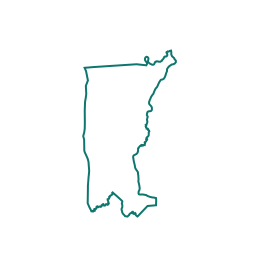 Beruri, Amazonas, Brazil, rotated 132°
{"feature_id": "56859067B395012046701", "entity_name": "Beruri", "entity_type": "district", "adm_level": 2, "iso_a3": "BRA", "parent_name": "Brazil", "parent_adm1": "Amazonas", "projection": "mercator", "projection_center": [-61.816, -4.541], "detail": "fine", "context": "isolated", "style": "outline", "palette": "teal", "viewbox_px": 256, "rotation_deg": 132, "n_neighbors": 0, "source": "geoboundaries", "source_scale": "gbopen_adm2", "svg_char_len": 5756}
<svg xmlns="http://www.w3.org/2000/svg" viewBox="0 0 256 256"><g transform="rotate(132 128 128)"><path d="M161.3,60.4L161.8,61.0L162.0,61.6L162.7,62.6L163.7,64.1L164.8,66.3L165.5,68.3L165.7,69.6L167.4,72.4L168.2,73.3L168.6,73.7L169.5,74.7L169.7,75.1L169.9,75.4L169.9,75.7L169.7,76.1L169.5,76.5L169.1,76.8L168.2,77.5L167.5,77.8L166.4,78.0L165.1,78.9L164.5,79.5L162.5,82.0L161.6,83.3L160.9,84.4L160.4,84.9L159.4,85.5L157.0,88.0L156.6,88.3L155.3,90.0L154.3,90.9L154.0,91.6L153.6,93.5L153.1,95.3L152.6,96.3L151.1,98.1L149.2,100.9L148.4,102.0L146.2,104.7L145.6,105.1L145.3,105.3L144.6,105.4L144.2,105.3L141.9,104.4L141.3,104.3L140.6,104.3L139.9,104.4L139.1,104.8L138.4,105.1L136.4,106.9L135.7,106.7L135.1,106.9L134.8,107.0L134.4,107.0L133.2,107.0L132.9,106.9L132.8,106.7L132.5,106.7L132.1,106.8L131.8,106.7L131.9,106.3L131.9,105.9L131.6,106.0L131.4,106.2L131.1,106.0L130.9,105.7L130.7,104.9L130.4,104.8L130.0,104.9L129.8,104.9L129.6,104.7L129.6,104.4L129.5,104.2L129.2,104.4L129.1,104.7L128.3,104.8L128.1,104.9L127.5,106.0L127.2,106.0L126.9,106.0L126.3,105.6L126.0,105.6L125.4,105.7L124.7,106.1L124.6,106.7L124.4,106.8L124.2,106.6L124.1,106.3L123.9,106.0L123.6,106.1L123.3,106.5L123.3,106.8L123.6,107.0L123.6,107.3L123.2,107.6L122.5,107.7L121.7,107.7L121.2,107.5L120.4,107.5L119.7,107.7L118.0,109.0L117.7,109.4L117.5,109.6L117.0,109.8L116.7,109.8L116.2,109.9L115.9,110.5L116.0,110.7L115.9,111.0L116.0,111.3L115.8,111.4L115.7,111.6L115.8,111.8L115.8,112.2L115.5,112.1L115.3,112.5L115.3,112.8L115.8,113.5L115.5,113.6L115.5,113.8L115.6,114.1L115.7,114.3L115.6,114.6L115.5,115.0L115.0,115.4L115.0,115.7L114.9,116.0L114.5,116.1L113.9,116.8L113.7,116.6L113.5,116.3L113.3,116.4L112.3,116.9L111.0,117.4L110.3,117.9L110.0,118.2L109.5,119.0L109.0,119.6L106.3,121.0L106.1,122.0L105.8,122.6L105.5,122.8L105.3,123.0L105.0,123.3L104.4,123.5L103.6,124.0L102.9,124.2L102.2,124.0L101.5,123.6L100.6,122.7L100.0,122.3L99.2,122.3L98.6,122.4L97.8,123.0L97.4,123.4L97.0,123.8L96.5,124.6L96.3,125.3L96.1,127.4L96.0,128.1L95.6,128.8L95.1,129.3L94.6,129.7L93.4,130.2L92.8,130.5L91.3,130.9L90.7,131.2L89.2,131.7L87.0,132.0L86.3,132.0L85.7,132.0L84.9,132.3L84.0,132.7L82.2,133.3L81.4,133.6L80.1,133.8L79.4,133.9L78.6,133.8L77.9,133.9L73.2,135.4L71.8,135.6L70.8,135.8L70.0,135.7L68.6,134.7L68.0,134.5L67.3,134.4L66.4,134.5L64.9,134.9L62.8,135.8L61.3,136.5L60.7,136.7L59.8,137.0L59.3,137.4L58.9,137.8L57.8,138.5L55.0,138.8L54.5,138.5L54.1,138.6L51.5,138.0L50.7,137.2L48.9,136.4L47.0,136.5L45.9,137.6L45.7,139.5L45.4,140.1L45.2,140.4L45.2,141.2L45.2,143.3L44.5,144.8L44.2,145.3L42.9,146.3L41.7,147.8L42.4,148.3L42.9,148.6L44.1,148.9L44.4,149.2L44.5,149.7L44.8,149.8L45.3,149.9L45.9,150.1L46.1,150.0L46.4,149.5L46.4,149.3L46.5,148.9L46.7,148.7L46.8,148.5L46.9,148.2L47.1,147.9L47.4,147.7L47.8,147.4L48.4,147.3L49.2,147.4L49.5,147.6L49.6,147.9L50.1,148.3L50.6,148.6L50.9,148.6L51.2,148.5L51.4,148.3L51.7,148.3L51.9,148.2L52.2,148.2L52.5,148.2L53.1,148.0L54.8,148.1L55.3,147.8L55.8,148.0L57.1,148.3L57.4,148.5L57.6,148.9L58.3,149.7L58.4,149.9L58.4,150.1L58.5,150.4L59.2,151.1L59.3,151.3L59.6,151.3L59.8,151.6L60.3,151.7L60.4,151.9L60.7,152.0L61.0,151.9L63.1,151.3L63.8,151.4L64.4,151.9L64.8,152.4L65.4,154.3L65.6,155.7L65.6,156.4L65.5,157.1L65.1,157.7L64.6,158.1L63.4,158.8L62.8,159.2L62.4,159.8L62.2,160.5L62.3,161.1L62.6,161.8L63.2,162.1L63.8,162.2L64.6,162.0L65.2,161.7L65.7,161.3L66.2,160.6L66.4,160.0L66.9,157.6L67.2,157.1L67.8,156.7L68.4,156.5L69.2,156.4L74.9,164.3L106.2,194.8L112.3,200.5L113.9,197.1L119.2,190.0L119.5,189.6L124.9,187.5L130.2,182.2L131.3,181.3L134.3,179.3L137.3,177.4L143.9,171.9L153.3,163.3L157.7,159.5L159.6,158.3L160.5,157.6L163.4,156.2L164.1,155.7L166.0,152.8L173.9,145.5L174.7,144.4L177.7,137.6L179.5,134.8L185.8,128.2L189.5,125.4L190.4,124.8L198.3,118.7L199.0,118.0L210.9,107.6L212.7,103.7L213.5,101.5L214.3,99.7L214.0,99.6L213.8,99.4L214.0,99.2L213.7,99.0L213.5,98.7L213.8,98.6L213.6,98.3L213.4,98.1L212.9,98.4L212.7,98.5L212.4,98.3L212.6,98.1L212.6,97.9L211.8,97.3L211.5,97.5L211.5,98.2L210.9,98.8L210.6,98.7L210.4,98.5L210.2,98.2L209.6,97.7L209.2,97.7L208.6,98.1L208.4,98.0L208.2,98.3L207.9,98.4L207.7,98.6L207.4,98.7L207.1,98.5L206.9,98.4L207.0,98.2L207.0,97.9L206.8,97.3L206.7,97.1L206.4,97.0L205.9,96.9L205.6,96.9L205.5,96.7L205.1,95.8L204.9,95.5L204.7,95.4L203.8,95.3L203.4,95.9L203.0,95.8L202.5,95.7L202.2,95.8L201.8,95.8L201.5,95.5L201.2,95.4L201.3,95.1L201.5,95.0L201.7,94.8L201.8,94.3L201.6,93.7L201.3,93.5L201.0,93.2L200.7,93.1L200.0,93.3L199.6,93.2L199.5,93.4L199.3,93.3L199.2,93.1L199.1,92.8L198.9,92.5L198.6,92.5L198.5,92.0L198.2,92.0L198.3,91.7L198.1,91.7L197.8,91.6L196.9,91.8L196.8,92.2L196.5,92.4L196.4,92.7L196.4,93.1L195.9,93.4L195.6,93.9L195.2,94.8L194.9,95.0L194.8,95.3L194.6,95.5L194.3,95.4L193.7,95.0L193.3,94.8L192.9,94.9L192.7,95.2L192.5,95.3L192.2,95.3L191.7,95.4L191.6,95.9L191.4,95.9L190.6,95.9L190.4,95.7L190.0,95.8L189.3,95.5L189.0,95.5L188.5,95.3L188.2,95.3L187.9,95.2L187.1,95.4L186.9,95.6L186.4,96.1L186.5,96.3L186.2,96.3L186.1,90.8L186.1,85.2L186.2,83.3L186.6,82.9L187.1,82.6L187.7,82.3L188.3,82.0L188.6,81.5L188.9,80.9L189.3,80.5L190.3,79.5L190.9,79.2L191.5,79.0L192.1,78.8L192.6,78.5L193.1,78.0L193.8,76.8L194.2,76.4L194.8,75.3L195.0,74.7L195.1,74.0L195.2,73.4L195.2,72.7L195.3,71.9L195.5,71.2L194.1,69.1L193.5,69.1L192.9,69.1L192.2,68.9L191.6,69.2L190.5,69.2L190.1,69.2L189.8,69.1L189.3,69.0L189.0,68.8L188.8,68.5L188.5,68.5L188.2,68.7L187.7,68.7L187.4,68.7L187.0,68.3L187.1,68.0L187.6,67.8L187.4,67.5L187.5,67.1L187.8,67.1L188.1,66.9L188.1,66.7L187.9,66.5L187.9,66.1L187.7,65.9L187.4,65.8L186.4,65.8L186.4,65.5L186.5,65.1L187.1,64.6L187.4,64.2L187.5,63.8L187.5,63.3L187.5,62.7L187.5,61.8L187.2,61.7L172.9,61.3L166.7,55.5L163.5,58.1L162.3,59.2L161.4,60.2L161.3,60.4Z" fill="none" stroke="#0f766e" stroke-width="2"/></g></svg>